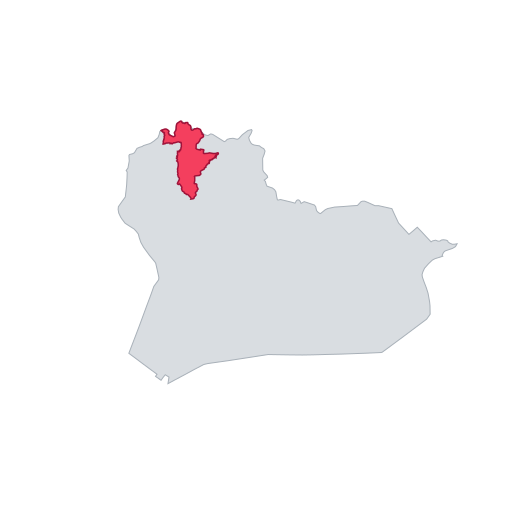 Iraq, with Arbil highlighted, rotated 319°
{"feature_id": "IRQ-3050", "entity_name": "Arbil", "entity_type": "Province", "adm_level": 1, "iso_a3": "IRQ", "parent_name": "Iraq", "parent_adm1": "", "projection": "orthographic", "projection_center": [44.221, 36.37], "detail": "fine", "context": "in_parent", "style": "filled", "palette": "rose", "viewbox_px": 512, "rotation_deg": 319, "n_neighbors": 0, "source": "natural_earth", "source_scale": "10m", "svg_char_len": 8458}
<svg xmlns="http://www.w3.org/2000/svg" viewBox="0 0 512 512"><g transform="rotate(319 256 256)"><path d="M214.1,106.3L217.1,105.6L222.7,101.1L226.0,96.8L227.1,96.4L230.0,97.9L232.0,98.3L236.8,96.7L239.6,97.6L242.0,98.7L243.4,98.8L249.8,101.6L251.3,101.9L254.7,102.3L259.6,102.4L262.8,100.7L265.0,99.0L266.6,99.0L268.1,99.4L269.4,100.2L270.5,101.5L271.0,103.3L270.8,109.1L271.3,110.6L272.2,111.7L273.3,111.9L274.6,110.7L277.0,108.8L279.9,106.8L282.0,105.0L283.2,104.3L285.2,104.4L287.1,104.7L288.1,105.5L288.1,105.8L289.2,108.6L291.8,118.8L293.2,120.0L294.9,121.1L296.1,122.6L296.5,124.1L296.4,126.5L296.5,129.3L297.2,131.4L298.2,132.9L299.1,133.7L300.4,133.8L302.0,134.2L303.1,135.8L306.6,147.3L307.0,148.8L308.4,149.3L310.8,149.1L313.2,150.2L315.9,152.1L318.4,155.6L320.0,156.1L325.2,155.5L332.3,156.0L335.6,157.7L335.3,158.8L332.8,160.2L328.3,161.7L327.0,164.3L326.3,167.5L326.5,169.3L327.6,171.3L330.9,175.2L331.1,176.7L331.7,178.7L332.3,180.0L331.7,182.7L328.9,184.6L325.1,186.6L317.5,195.6L317.0,197.6L317.1,202.8L316.4,204.3L313.9,204.3L312.0,204.1L312.0,205.9L310.8,208.4L310.1,210.5L313.0,215.5L313.5,218.2L313.1,220.6L310.5,224.8L309.0,227.6L309.4,228.3L311.5,229.4L318.0,238.5L320.1,241.7L322.8,240.8L323.8,240.8L324.7,241.3L325.2,242.4L325.2,243.8L324.5,245.9L328.0,246.6L329.3,248.7L333.5,255.8L333.4,257.9L331.5,261.4L331.5,263.6L332.0,265.6L332.6,266.3L338.6,266.5L341.2,267.2L347.5,270.7L354.7,276.2L360.7,280.6L365.7,284.4L371.0,283.9L372.5,284.6L373.9,285.8L375.5,288.9L378.8,296.1L381.5,298.4L385.7,304.1L389.6,309.4L387.4,316.9L385.2,324.7L385.5,334.7L385.6,340.0L390.8,340.1L396.6,340.1L396.9,346.5L397.1,352.9L397.4,360.2L399.1,360.4L401.9,361.9L403.1,364.2L404.6,365.4L406.4,365.6L408.1,366.7L409.9,368.7L410.6,370.3L410.2,371.4L410.6,373.3L411.9,376.0L413.5,377.3L415.8,378.7L412.7,379.8L409.4,379.2L402.2,376.3L399.9,376.3L396.9,377.6L396.8,378.7L389.2,375.4L386.5,374.8L385.5,374.8L381.2,375.0L375.1,375.8L371.6,377.4L369.1,379.0L368.0,380.6L367.6,381.4L365.8,385.9L363.7,391.7L361.4,397.0L357.0,404.4L354.6,407.8L349.2,414.2L343.4,415.6L329.6,414.6L314.4,413.5L299.3,412.3L288.1,411.4L287.2,411.0L276.1,402.2L267.3,395.1L256.4,386.3L245.4,377.2L234.2,368.0L226.1,361.2L216.3,352.5L207.5,344.6L200.5,338.3L191.6,332.7L184.6,328.3L174.5,321.9L166.4,316.8L159.5,312.3L149.0,305.5L145.4,303.6L134.4,301.0L123.9,298.7L113.1,296.2L105.8,294.6L110.9,290.3L109.6,286.1L106.1,286.7L102.8,287.5L101.2,280.9L103.7,280.3L101.8,271.8L99.9,263.1L98.1,254.6L96.2,246.0L105.6,241.0L112.6,237.3L122.3,232.1L131.6,227.0L140.5,222.1L150.3,216.8L159.0,211.9L166.9,210.1L168.6,208.5L172.4,201.6L175.6,195.6L175.8,194.2L176.0,185.7L176.9,175.6L178.0,170.3L179.9,165.6L181.6,162.2L181.8,158.9L181.7,155.6L180.2,150.6L178.7,145.4L179.0,140.4L179.4,137.7L180.6,133.5L182.5,130.4L184.5,128.5L191.8,126.7L196.1,125.7L202.0,120.3L205.4,117.1L210.3,112.0L213.8,108.2L214.1,106.9L214.1,106.3Z" fill="#d9dde1" stroke="#a8b0b8" stroke-width="1"/><path d="M266.7,99.0L267.3,99.1L270.3,100.3L271.0,100.8L271.5,101.3L271.8,102.0L272.1,102.8L272.2,103.7L272.3,104.2L272.2,104.5L272.0,105.0L271.7,105.1L271.3,105.2L270.9,105.4L270.4,106.1L270.2,106.9L270.1,107.7L270.4,108.5L271.6,111.3L271.8,111.7L272.1,111.9L273.4,112.3L273.7,112.2L274.0,112.0L274.3,111.3L274.8,110.5L274.9,109.9L275.2,109.4L277.8,108.6L278.6,108.1L279.3,107.5L280.1,106.6L281.2,105.5L282.4,104.6L283.4,104.2L283.9,104.2L287.2,104.6L287.8,104.9L288.2,105.6L287.7,106.7L287.8,107.1L288.0,107.7L288.2,108.0L288.6,108.2L288.9,108.3L289.0,108.6L289.1,109.2L289.3,109.4L289.6,109.4L290.2,109.2L290.5,109.2L290.7,109.3L291.0,109.7L291.7,110.1L291.9,110.4L291.9,110.8L291.5,111.2L291.4,112.3L291.5,113.0L291.8,113.6L292.0,114.5L291.8,115.4L291.4,116.1L290.3,117.4L290.0,118.4L290.2,119.1L290.9,119.5L291.7,119.6L292.6,119.6L293.1,119.7L293.5,120.0L293.7,120.3L294.1,120.6L294.4,120.7L294.8,120.7L295.4,121.0L295.8,121.6L296.6,123.0L296.9,123.8L296.9,124.5L296.3,125.9L296.0,127.2L295.9,128.0L295.3,128.4L295.3,129.0L295.7,129.5L295.8,129.6L295.7,130.0L295.5,130.4L295.1,131.0L294.8,131.3L294.3,131.5L293.3,131.4L291.9,131.1L291.3,131.1L290.6,131.2L289.0,132.1L287.7,132.4L286.3,132.7L285.4,132.4L284.9,132.3L284.2,132.6L283.3,133.3L282.7,134.0L282.3,134.5L281.3,135.4L281.3,136.2L281.5,136.7L283.3,139.4L283.6,139.1L283.8,138.9L284.1,138.9L284.4,139.2L286.0,141.1L286.2,141.4L286.2,141.7L286.0,142.0L285.2,142.3L285.0,142.5L284.7,143.1L284.4,143.3L283.8,143.9L283.9,144.4L284.1,144.7L287.2,147.0L287.9,147.3L288.3,147.5L288.6,147.7L290.9,150.5L291.9,151.4L292.6,152.0L294.8,153.0L295.0,153.2L295.0,153.4L295.0,153.6L294.8,154.0L294.6,154.1L294.4,154.2L294.1,154.3L293.4,154.3L293.1,154.2L292.5,153.7L292.3,153.6L292.0,153.7L291.6,153.6L291.3,153.6L291.2,153.7L291.2,153.8L291.6,154.5L291.4,154.8L290.9,154.9L290.6,155.2L290.5,155.3L290.5,155.2L290.4,155.0L290.4,154.4L290.1,154.2L289.8,154.5L289.7,154.6L289.7,155.0L289.4,155.0L289.2,154.8L288.9,154.5L288.6,154.4L288.0,154.7L287.8,154.7L287.6,154.6L287.5,154.3L287.3,154.3L287.1,154.2L286.3,154.5L286.0,154.5L285.9,154.3L285.9,154.0L285.7,153.9L285.2,154.1L284.9,153.8L284.7,153.8L284.1,154.0L283.9,153.7L283.9,153.3L283.8,153.2L283.7,153.2L283.2,153.4L282.9,154.1L282.6,154.3L282.2,154.8L281.7,154.6L281.5,154.8L281.6,155.2L281.5,155.4L281.4,155.4L280.9,154.9L280.7,154.8L280.2,155.0L279.9,154.9L279.2,154.7L278.6,155.1L278.3,155.1L277.9,155.0L277.7,155.0L277.2,155.4L276.6,155.6L276.4,156.1L276.0,156.0L275.5,155.9L275.0,155.7L274.8,155.7L274.7,155.9L274.5,156.1L274.1,156.3L273.5,156.4L273.3,156.4L272.7,156.1L270.3,155.6L269.8,155.7L269.1,156.0L268.6,157.2L268.3,157.8L268.1,158.0L267.4,158.1L266.2,158.1L262.9,155.8L262.2,155.5L261.7,155.6L261.4,156.4L259.2,158.9L257.2,160.5L257.0,160.8L257.1,161.1L257.3,161.3L257.9,162.0L258.1,162.4L258.3,162.7L258.2,163.2L258.0,163.5L257.6,163.9L257.1,164.5L256.9,164.9L256.7,165.9L256.4,167.0L256.1,167.5L255.7,167.6L255.0,167.6L254.0,168.3L253.0,168.3L252.3,168.3L251.8,168.5L251.5,168.9L251.2,170.0L250.9,170.5L250.4,170.8L249.8,170.9L248.4,170.9L247.9,171.1L247.3,171.6L247.0,171.7L246.7,171.7L246.0,171.5L245.7,171.3L244.3,170.4L244.6,170.3L244.7,170.2L244.8,169.5L245.0,168.8L245.0,168.4L244.9,165.4L244.8,164.8L244.5,164.4L244.3,164.2L244.2,164.1L243.9,164.0L243.8,163.9L243.8,163.7L243.9,163.2L243.8,162.7L243.6,162.3L243.3,161.8L243.2,161.6L243.4,161.2L243.6,160.2L243.1,159.0L243.1,158.4L243.2,158.0L243.9,156.4L244.1,156.2L244.7,156.0L244.9,155.8L245.3,155.0L245.6,152.3L245.6,151.6L245.5,151.4L244.6,151.3L244.2,150.9L244.1,150.0L244.3,149.6L248.4,147.9L248.7,147.6L249.2,146.9L249.3,146.7L249.3,145.5L249.3,145.2L250.0,144.0L250.2,143.4L250.3,143.1L250.7,142.9L251.3,142.5L251.7,141.7L251.8,141.3L252.0,141.0L253.0,140.1L253.3,139.8L253.6,139.1L253.9,138.8L254.1,138.6L254.8,138.3L255.3,137.8L255.5,137.6L256.1,137.3L256.6,136.8L257.9,135.2L258.4,134.3L258.7,133.6L258.6,132.7L258.5,132.3L258.5,132.2L259.3,132.1L259.5,132.0L260.0,131.7L260.2,131.3L260.2,131.0L260.0,130.5L260.0,130.2L260.2,129.9L261.1,130.0L261.4,129.9L261.6,129.7L261.6,129.0L261.6,128.7L261.8,128.6L262.0,128.8L262.2,129.0L262.4,128.9L262.9,128.6L263.1,128.3L263.4,128.0L263.6,127.7L263.7,127.4L264.5,126.5L264.8,126.3L264.9,126.2L265.1,126.3L265.3,126.3L265.3,126.2L265.2,126.0L265.2,125.8L265.2,125.7L265.3,125.6L265.4,125.9L265.7,126.1L265.8,126.1L266.3,126.0L266.5,126.1L266.4,126.6L266.5,126.9L266.8,126.9L266.9,126.4L267.0,126.3L267.3,126.3L267.8,126.1L268.1,126.1L268.3,126.3L268.3,126.5L268.7,126.5L269.1,126.1L269.7,125.8L270.5,125.0L270.8,124.9L271.3,124.7L271.8,123.9L272.6,123.1L273.7,121.7L273.9,121.3L273.9,121.0L273.8,120.8L273.7,120.8L273.4,120.9L273.1,120.2L272.8,119.8L272.7,119.3L272.7,119.2L272.3,118.9L271.7,118.5L268.8,117.2L268.6,117.0L268.5,116.9L268.4,116.7L268.1,116.5L266.9,116.4L266.4,116.4L266.0,115.9L266.1,115.6L266.0,115.4L265.9,115.1L265.7,115.0L265.6,114.9L265.0,115.0L264.9,114.9L265.2,114.7L265.0,114.2L264.9,114.0L264.8,113.7L263.2,112.6L262.3,111.8L262.1,111.8L261.3,111.7L259.3,110.6L259.9,109.9L260.3,109.7L260.6,109.7L260.9,109.3L261.1,108.7L261.3,108.5L261.8,108.2L263.0,107.7L263.0,107.4L264.2,106.8L264.4,106.6L264.9,105.7L265.1,105.6L265.8,105.2L266.2,105.1L266.3,105.0L266.4,104.9L266.2,104.6L266.3,104.4L266.4,104.2L266.7,103.7L267.0,103.5L267.3,103.2L267.6,103.1L267.7,102.8L267.6,102.4L267.2,102.3L267.0,102.1L267.0,101.6L267.0,101.3L267.0,101.1L267.3,100.5L267.3,100.4L267.0,100.1L266.9,99.8L266.7,99.7L266.7,99.0Z" fill="#f43f5e" stroke="#9f1239" stroke-width="1.5"/></g></svg>